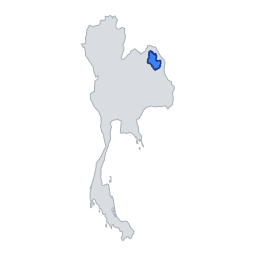 Thailand, with Sakon Nakhon highlighted
{"feature_id": "THA-447", "entity_name": "Sakon Nakhon", "entity_type": "Province", "adm_level": 1, "iso_a3": "THA", "parent_name": "Thailand", "parent_adm1": "", "projection": "equal_earth", "projection_center": [103.778, 17.422], "detail": "fine", "context": "in_parent", "style": "filled", "palette": "blue", "viewbox_px": 256, "rotation_deg": 0, "n_neighbors": 0, "source": "natural_earth", "source_scale": "10m", "svg_char_len": 6392}
<svg xmlns="http://www.w3.org/2000/svg" viewBox="0 0 256 256"><path d="M112.6,17.0L112.8,18.0L113.7,16.6L114.8,15.9L117.0,19.0L117.3,20.4L115.6,25.4L115.9,27.0L116.9,28.4L118.1,29.2L119.5,29.0L122.0,27.5L124.7,28.5L124.5,31.8L125.5,37.0L124.1,42.4L122.8,45.1L123.8,47.4L123.8,49.6L121.1,58.0L121.7,58.7L123.3,59.6L124.0,59.3L126.8,56.0L129.9,53.4L130.9,51.2L132.8,50.5L134.6,48.6L138.6,52.0L139.6,52.3L140.1,52.8L140.3,54.3L140.8,54.5L142.5,52.6L145.2,51.3L146.3,48.4L147.6,47.5L147.5,46.1L147.9,45.6L150.1,45.4L153.5,47.0L154.7,47.3L155.3,46.9L160.6,56.3L164.1,59.9L165.0,62.3L164.2,68.6L164.3,72.2L165.1,74.9L166.5,76.8L167.6,79.5L171.7,82.1L171.4,82.8L171.6,84.5L174.1,86.5L174.4,87.2L174.1,89.7L172.9,91.6L172.7,93.2L172.7,95.2L173.3,98.2L172.5,104.3L171.0,106.0L169.1,107.2L168.0,108.9L167.2,108.5L166.8,106.8L164.7,105.8L160.5,106.7L158.4,106.3L155.7,106.9L152.9,106.6L151.3,105.9L146.8,107.3L144.9,108.5L143.5,110.3L141.5,114.7L139.4,117.5L139.4,118.6L136.8,119.3L136.9,123.2L138.4,127.3L138.8,132.6L141.7,136.3L141.2,138.9L141.5,141.5L143.8,147.3L142.1,144.6L141.8,142.7L139.9,139.7L139.3,141.2L137.1,139.0L136.1,136.8L135.8,137.8L133.6,134.7L131.3,133.1L130.0,132.3L126.9,133.4L122.8,132.6L121.3,133.4L120.7,132.9L120.3,131.9L121.4,121.0L118.0,119.6L117.4,118.9L116.6,119.7L113.2,120.2L110.7,122.2L110.4,123.9L111.5,126.9L110.1,132.3L110.5,137.4L110.3,140.2L108.6,143.8L108.1,146.7L106.1,151.1L104.8,156.6L104.5,159.8L102.2,164.8L101.6,167.5L100.8,168.6L101.1,170.8L100.7,177.6L102.1,182.5L101.7,184.8L103.3,185.6L107.1,184.0L108.4,184.4L109.1,187.1L110.1,195.2L111.7,197.6L112.1,196.4L112.8,197.7L113.4,200.1L115.3,212.8L116.4,216.1L115.2,215.3L114.5,211.3L113.4,211.1L113.8,208.6L113.1,207.7L112.0,208.4L112.0,210.4L115.0,216.7L116.8,216.9L119.2,219.7L121.8,221.8L125.0,221.0L127.3,221.7L128.6,223.4L130.7,227.7L134.1,231.3L133.6,233.5L132.3,235.4L131.5,237.7L130.6,238.4L129.3,238.4L127.9,236.5L124.5,238.3L123.7,240.1L122.8,240.6L121.3,238.6L121.4,237.4L122.4,235.7L122.2,231.3L120.1,231.3L118.7,227.9L118.3,227.6L117.3,228.1L114.1,226.6L113.1,224.5L112.1,224.7L111.5,228.2L108.6,223.5L106.6,221.5L106.9,218.0L105.6,217.2L105.0,216.3L105.5,214.1L103.7,214.5L102.8,213.9L101.7,210.1L100.8,208.6L99.6,208.6L99.2,207.8L99.3,205.9L96.3,203.3L95.4,200.3L94.0,198.9L93.1,199.3L92.1,201.5L91.5,201.3L90.8,200.7L90.1,197.7L90.1,192.4L91.1,189.3L91.7,184.4L93.1,180.2L96.0,168.1L96.2,163.4L101.1,156.5L104.5,148.8L105.5,147.6L106.0,146.2L104.3,139.9L103.6,135.6L103.7,134.5L101.6,131.5L101.1,128.2L100.6,127.1L100.4,126.0L101.2,124.0L100.8,116.6L98.5,111.6L94.4,106.9L90.8,99.9L90.4,97.5L90.3,94.0L93.2,91.7L94.4,91.5L94.9,81.2L97.5,79.2L98.0,78.4L98.3,76.6L97.7,75.6L96.0,77.3L95.7,77.0L93.7,70.9L93.3,67.2L85.2,54.8L85.6,52.7L84.5,47.4L83.3,47.3L82.5,46.3L81.6,43.9L83.2,44.2L85.8,42.9L85.4,37.7L86.6,34.7L86.8,29.8L88.8,26.9L89.0,25.5L90.1,25.3L91.5,26.3L93.0,26.4L99.1,25.1L99.9,23.8L100.3,21.1L100.9,20.2L102.3,20.0L103.9,20.5L105.5,19.5L105.2,16.3L108.1,16.8L110.1,15.4L112.6,17.0ZM92.3,202.9L91.9,206.9L90.7,207.7L90.3,205.4L91.0,201.7L91.3,202.5L92.3,202.9ZM111.1,179.8L110.9,181.8L109.8,182.4L109.6,180.2L111.1,179.8ZM136.8,140.7L138.0,143.4L136.6,143.1L136.3,140.5L136.8,140.7ZM106.2,227.0L105.6,225.8L106.2,224.0L106.7,226.2L106.2,227.0ZM94.2,203.3L93.9,205.5L93.4,202.6L94.2,203.3ZM111.1,178.1L110.6,177.9L110.1,176.7L110.8,176.7L111.1,178.1ZM99.2,209.8L99.9,212.4L99.1,211.2L99.2,209.8ZM140.0,147.8L139.8,149.4L139.2,148.7L139.6,147.6L140.0,147.8ZM91.0,187.6L90.3,188.2L90.8,186.7L91.0,187.6Z" fill="#d9dde1" stroke="#a8b0b8" stroke-width="1"/><path d="M149.3,52.0L149.5,51.9L149.8,51.8L149.9,51.7L150.0,51.4L150.0,51.1L150.2,50.9L150.3,50.8L150.5,50.8L150.9,51.0L151.0,51.0L151.4,51.5L151.5,51.5L151.8,51.6L151.7,51.7L151.6,51.8L151.6,52.1L151.7,52.3L151.8,52.3L152.0,52.3L152.0,52.5L152.3,52.6L152.5,52.7L152.7,52.9L152.8,53.0L153.0,53.0L153.0,52.8L153.0,52.7L153.1,52.8L153.3,52.9L153.3,53.0L153.3,53.3L153.2,53.5L153.2,53.8L153.4,54.0L153.5,54.1L153.6,53.9L153.6,53.7L153.9,53.8L154.0,53.8L154.0,53.7L154.3,53.8L154.5,53.7L154.8,53.7L154.7,53.8L154.7,54.0L154.8,54.1L155.0,54.1L154.9,54.4L154.9,54.5L155.0,54.6L155.1,54.8L155.1,55.0L155.3,55.1L155.5,55.2L155.8,55.0L155.8,54.8L156.0,54.7L156.0,55.0L156.1,55.4L156.3,55.4L156.4,55.5L156.5,55.7L156.5,55.8L156.6,56.0L156.6,56.3L156.6,56.5L156.5,57.0L156.4,57.2L156.2,57.2L156.2,57.3L156.3,57.6L156.3,57.8L156.4,58.0L156.3,58.3L156.2,58.4L156.2,58.7L156.2,58.8L156.2,59.0L156.0,59.5L155.9,59.6L156.0,59.7L156.3,60.6L156.4,60.8L156.5,61.0L156.8,61.1L156.9,60.9L157.0,60.8L157.2,61.0L157.3,61.1L157.5,60.8L157.5,60.7L157.9,60.7L158.1,60.7L158.4,60.7L158.5,60.7L158.8,60.6L159.0,60.5L159.3,60.5L159.5,60.5L159.9,60.5L160.4,60.5L160.5,60.5L160.5,61.1L160.5,61.4L160.6,61.6L160.6,61.8L160.6,62.0L160.7,62.3L160.7,62.6L160.7,62.8L160.8,63.0L160.8,63.3L160.7,63.4L160.6,63.5L160.4,64.2L160.3,64.6L160.3,64.9L160.3,65.0L160.1,65.2L160.0,65.3L159.9,65.5L159.9,65.8L159.9,66.0L160.1,66.1L160.3,66.3L160.3,66.5L160.1,66.7L159.5,67.2L159.4,67.3L159.3,67.6L159.3,67.8L159.2,67.9L158.9,68.0L158.5,68.4L158.1,68.5L157.9,68.5L157.7,68.5L157.6,68.4L157.4,68.4L157.3,68.5L157.3,68.9L157.2,69.0L157.0,69.3L156.7,69.4L156.5,69.2L156.3,69.1L156.2,69.0L155.9,69.3L155.6,69.4L155.6,69.5L155.4,69.6L155.3,70.1L155.2,70.1L154.9,69.8L154.8,69.7L154.5,69.5L154.1,69.2L154.0,68.9L153.9,68.7L153.6,68.5L153.5,68.3L153.4,68.3L153.4,68.1L153.4,67.9L153.4,67.7L153.3,67.4L153.0,67.2L152.7,66.8L152.6,66.7L152.4,66.5L152.2,66.5L151.9,66.5L151.8,66.4L151.9,66.2L152.0,66.1L152.0,65.5L152.0,65.3L151.9,65.2L151.7,65.1L151.5,64.7L151.4,64.6L151.2,64.4L150.9,64.4L150.5,64.0L150.4,63.9L150.1,63.7L149.9,63.6L149.8,63.4L149.7,63.5L149.3,63.5L149.2,63.5L148.4,63.0L148.2,63.0L148.1,62.9L147.7,62.9L147.6,62.6L147.4,62.4L147.4,62.2L147.5,61.9L147.6,61.7L147.7,61.3L147.7,61.2L147.8,61.2L147.9,60.9L147.7,60.6L147.7,60.4L147.7,60.2L147.8,59.9L147.8,59.6L147.8,59.4L147.9,59.2L148.0,59.1L148.1,58.7L148.3,58.5L148.3,58.3L148.4,58.1L148.5,58.0L148.8,58.0L148.9,57.9L149.0,57.8L149.1,57.7L149.1,57.4L149.0,57.1L149.1,56.8L149.0,56.5L149.1,56.4L149.1,56.1L149.1,55.9L149.1,55.7L148.9,55.5L148.9,55.4L148.8,55.2L148.7,55.0L148.8,54.9L148.8,54.5L148.9,54.4L148.9,54.2L149.0,54.2L149.0,54.3L149.2,54.2L149.1,53.9L149.2,53.6L149.2,53.3L149.1,53.2L149.0,52.9L149.1,52.7L149.0,52.4L148.9,52.2L149.0,52.0L149.3,52.0Z" fill="#3b82f6" stroke="#1e3a8a" stroke-width="1.5"/></svg>